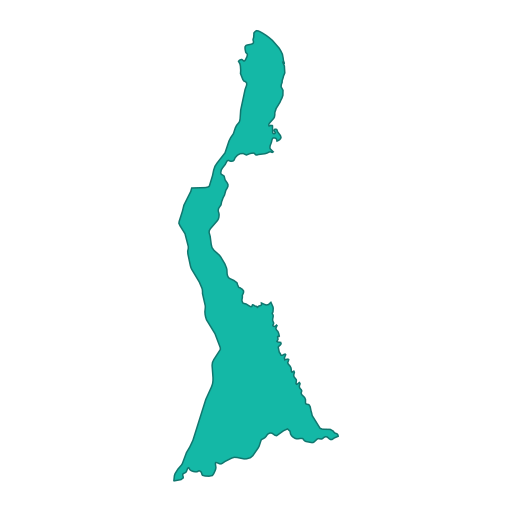 SVG path tracing the border of East Berbice-Corentyne
{"feature_id": "GUY-671", "entity_name": "East Berbice-Corentyne", "entity_type": "Region", "adm_level": 1, "iso_a3": "GUY", "parent_name": "Guyana", "parent_adm1": "", "projection": "robinson", "projection_center": [-57.523, 3.897], "detail": "fine", "context": "isolated", "style": "filled", "palette": "teal", "viewbox_px": 512, "rotation_deg": 0, "n_neighbors": 0, "source": "natural_earth", "source_scale": "10m", "svg_char_len": 6044}
<svg xmlns="http://www.w3.org/2000/svg" viewBox="0 0 512 512"><path d="M270.9,302.3L273.0,307.0L273.2,308.3L273.0,311.5L272.9,312.1L272.2,313.2L272.4,314.0L272.9,314.7L273.2,315.8L273.1,316.9L272.7,318.8L272.6,320.0L272.8,321.0L273.7,323.1L273.4,324.2L272.9,325.0L272.8,325.6L273.7,326.3L274.5,326.5L275.3,326.2L276.5,325.1L276.7,325.4L277.0,325.6L275.8,328.3L276.5,330.0L277.9,331.5L278.7,333.5L279.3,336.1L279.0,336.5L277.9,336.4L277.6,336.7L278.0,339.4L276.9,341.4L278.0,342.1L280.7,342.4L281.1,343.8L280.2,345.1L278.9,346.2L278.2,347.1L279.2,351.9L279.6,352.9L280.2,353.3L280.8,355.0L281.8,355.4L282.6,355.2L284.2,354.3L285.2,354.1L285.7,354.7L284.3,358.1L284.9,359.8L285.1,359.6L287.9,359.1L288.7,359.5L288.5,360.5L287.7,362.6L288.1,363.8L290.2,366.3L291.0,368.0L291.5,371.7L292.1,372.2L293.8,371.1L294.4,372.3L293.8,374.6L293.8,376.2L294.2,377.0L296.3,379.7L296.4,380.4L296.0,383.5L296.5,384.3L297.7,383.9L299.3,382.5L300.0,383.4L299.9,384.4L299.5,385.4L299.3,386.3L299.6,387.6L300.0,388.4L301.3,389.8L301.7,390.7L301.6,391.6L301.1,393.0L301.7,394.6L304.6,397.5L305.5,399.6L305.5,402.9L305.8,403.7L306.6,404.2L308.4,404.5L309.2,405.0L310.2,406.8L311.0,410.8L311.6,412.9L312.2,415.6L320.0,428.2L322.3,429.2L330.3,429.4L333.3,431.2L333.8,432.0L334.4,432.6L335.0,433.1L336.8,433.7L337.5,434.3L338.0,435.2L338.2,436.3L334.4,437.9L332.0,439.5L330.7,439.6L329.4,438.9L328.3,437.9L327.0,436.9L325.4,436.7L324.0,437.4L322.9,438.3L321.8,439.0L320.1,438.9L318.5,438.6L317.4,438.9L313.9,442.1L312.9,442.6L311.8,442.6L306.0,441.5L304.9,441.0L303.6,439.8L303.1,438.9L302.4,438.5L300.6,438.4L297.9,438.8L296.6,438.8L295.1,438.4L293.0,437.1L291.5,435.7L290.5,433.8L290.0,431.2L287.5,428.9L283.6,430.7L276.6,435.7L275.0,435.3L272.0,433.2L270.0,433.0L268.2,433.8L267.0,435.0L266.0,436.5L264.7,437.8L263.0,438.8L261.9,439.3L261.1,440.1L259.1,446.2L258.2,447.9L252.8,455.7L250.4,457.7L246.6,458.8L244.1,458.9L237.2,457.5L234.3,457.3L231.7,458.1L225.1,461.4L222.3,463.3L221.0,463.9L219.6,463.8L217.1,462.7L215.8,462.5L215.4,463.1L215.5,464.6L215.9,467.4L215.7,469.0L215.1,470.7L213.7,473.7L212.4,475.5L209.0,476.2L205.1,476.0L202.5,475.3L202.0,474.5L201.4,472.5L200.7,471.6L199.4,470.8L198.5,470.9L197.8,471.5L196.7,471.8L195.2,471.8L193.4,471.5L191.7,470.9L190.3,470.1L189.7,469.4L188.9,467.9L188.5,467.7L187.6,468.4L186.6,471.0L186.0,472.1L185.3,472.6L183.4,473.6L182.8,474.2L182.7,475.1L183.2,477.0L183.2,477.9L181.0,479.6L174.0,480.9L173.8,481.3L174.4,475.7L175.1,473.6L178.0,469.0L181.5,465.0L182.4,463.5L186.5,452.5L189.9,446.8L192.9,440.4L205.8,399.4L211.4,387.1L212.5,384.0L212.8,382.2L213.0,380.3L213.0,377.6L212.1,365.7L212.2,364.4L212.5,362.4L213.8,359.6L220.1,349.9L220.4,349.2L220.2,347.4L215.0,333.7L206.5,319.8L205.6,317.0L205.1,314.4L204.9,311.8L205.3,307.6L205.3,305.9L202.5,293.6L202.5,291.5L202.3,289.4L201.9,288.1L199.3,282.0L191.7,269.3L191.0,267.8L190.4,265.8L187.9,254.0L187.7,251.1L188.3,248.5L188.3,246.5L185.0,233.7L180.1,225.9L178.9,223.3L179.2,221.3L182.4,211.3L183.9,205.2L190.8,191.4L191.7,188.0L205.3,187.6L207.8,187.1L209.3,186.2L212.5,175.7L213.7,170.0L215.0,166.2L217.1,163.0L225.0,152.9L229.0,141.0L230.7,137.6L233.4,133.7L235.3,127.9L236.6,125.3L239.2,122.2L239.7,120.8L240.1,118.8L240.7,110.0L245.1,89.4L246.6,85.2L246.7,84.5L246.6,82.9L245.3,81.5L244.2,81.3L242.9,79.7L240.5,73.6L240.7,70.4L240.4,66.0L239.9,63.8L238.5,61.3L239.5,60.2L241.3,59.5L241.8,59.5L242.2,59.7L243.7,61.0L244.1,61.0L244.5,60.9L245.3,60.1L247.0,56.6L247.4,54.6L247.1,53.8L245.9,52.6L245.7,52.2L245.1,49.3L245.0,47.9L245.1,46.7L245.9,45.6L246.3,45.3L247.7,44.9L250.9,44.3L252.1,43.9L253.0,43.4L253.3,42.8L253.5,42.2L253.5,41.7L253.0,39.8L253.4,38.1L253.8,37.0L253.7,36.4L253.9,34.5L253.9,33.0L255.0,31.7L255.8,31.2L256.1,30.8L256.5,30.7L258.1,30.9L259.8,31.6L262.7,33.2L266.3,35.5L269.1,37.6L272.4,40.4L279.1,48.1L280.8,50.9L282.4,54.2L283.1,57.9L283.4,60.2L283.6,61.3L284.1,62.3L284.2,63.0L284.3,64.1L283.1,62.1L282.5,61.5L284.4,66.1L284.5,68.1L284.8,72.9L283.5,76.1L283.1,77.8L282.2,80.5L282.1,82.4L281.3,84.6L281.1,86.8L283.0,90.3L282.9,95.3L281.9,98.2L280.9,100.1L280.0,102.2L275.9,108.9L275.9,109.5L275.1,111.5L274.8,112.9L274.8,114.9L274.4,117.1L273.6,118.5L269.6,123.0L269.0,124.0L268.7,125.0L269.0,125.9L269.7,125.9L270.9,125.3L271.7,125.6L272.2,125.5L272.5,125.8L272.6,132.2L272.8,133.0L273.2,133.5L273.9,133.7L274.6,133.6L275.1,133.2L275.4,132.6L274.5,131.5L274.1,130.6L274.3,129.7L274.9,129.2L275.9,129.2L276.7,129.5L277.0,130.0L277.6,131.8L280.4,135.5L281.0,137.4L280.6,138.6L279.6,139.7L278.3,140.5L277.0,141.1L276.6,139.3L275.9,138.4L274.9,138.0L273.4,137.9L272.5,138.5L272.0,139.8L271.4,142.4L270.2,145.5L270.0,146.6L269.9,147.8L270.2,148.8L273.2,151.8L272.4,152.4L271.7,152.3L271.1,152.0L270.4,151.8L269.2,152.0L267.0,153.1L265.0,153.7L258.5,154.5L257.2,154.9L256.1,155.0L255.6,154.7L254.3,153.4L253.9,153.1L251.8,153.2L249.9,153.6L246.4,155.0L243.2,153.5L240.1,153.7L237.4,155.2L235.2,157.6L234.0,160.2L233.0,161.0L231.1,161.3L230.0,161.1L229.3,160.7L228.5,160.4L227.4,160.7L226.8,161.4L225.2,164.5L222.6,167.8L221.3,169.9L220.7,173.0L221.3,174.3L222.7,175.1L224.1,176.1L225.1,179.9L227.3,183.1L228.0,184.7L227.9,186.4L227.2,188.0L225.8,190.4L224.5,195.1L223.1,197.7L221.6,201.8L221.0,204.9L219.3,207.3L218.5,208.7L218.2,210.4L218.4,211.8L218.9,213.2L219.1,214.8L218.9,217.1L218.4,218.9L217.5,220.5L210.4,228.7L209.3,230.6L209.1,232.5L210.2,236.5L211.2,244.3L212.0,247.6L214.0,250.4L219.4,255.2L220.7,256.9L224.8,263.8L226.5,268.0L226.9,269.8L227.1,273.9L227.6,275.9L228.5,277.6L229.9,278.6L233.8,280.4L236.9,282.7L237.2,283.4L237.6,285.0L238.3,286.3L238.5,287.0L238.8,287.4L239.2,287.6L240.1,287.8L240.3,288.0L242.3,289.3L243.6,291.0L243.5,292.7L242.3,295.4L242.4,297.1L241.9,300.2L242.1,301.1L242.5,302.2L242.7,302.7L243.1,303.1L243.8,303.4L246.1,304.0L250.0,306.4L250.9,306.7L251.7,306.6L252.5,304.8L253.5,305.0L255.0,306.1L256.3,306.3L256.8,306.5L257.3,307.4L257.9,307.0L258.7,306.1L261.0,305.4L261.5,304.6L261.4,303.0L264.0,304.2L266.2,305.0L268.4,304.6L270.9,302.3Z" fill="#14b8a6" stroke="#0f766e" stroke-width="1.5"/></svg>